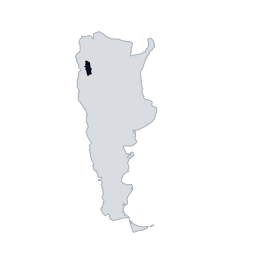 location of Belén, Catamarca, Argentina, rotated 342°
{"feature_id": "61730980B98918352953876", "entity_name": "Belén", "entity_type": "district", "adm_level": 2, "iso_a3": "ARG", "parent_name": "Argentina", "parent_adm1": "Catamarca", "projection": "robinson", "projection_center": [-66.858, -26.985], "detail": "fine", "context": "in_parent", "style": "filled", "palette": "ink", "viewbox_px": 256, "rotation_deg": 342, "n_neighbors": 0, "source": "geoboundaries", "source_scale": "gbopen_adm2", "svg_char_len": 5558}
<svg xmlns="http://www.w3.org/2000/svg" viewBox="0 0 256 256"><g transform="rotate(342 128 128)"><path d="M157.6,78.2L156.2,80.7L156.4,82.4L155.1,86.3L155.4,87.1L154.3,89.0L154.6,91.0L154.0,93.0L154.2,95.4L153.8,96.1L152.9,96.4L152.1,99.8L152.9,103.1L152.1,103.7L153.3,106.1L157.1,108.2L159.0,110.3L159.0,111.2L157.9,112.5L157.8,113.6L158.3,115.2L159.2,116.1L161.1,116.7L161.2,118.8L160.9,120.2L157.3,125.1L156.4,127.2L153.1,129.3L144.7,131.8L138.1,132.8L134.4,132.6L131.9,131.6L132.1,134.3L133.3,135.1L132.7,135.2L133.2,135.7L132.9,137.9L132.1,138.4L131.5,140.2L131.5,141.8L132.2,143.1L131.4,144.5L128.5,145.8L125.2,146.1L119.1,144.0L119.3,143.6L119.0,143.5L118.0,143.9L117.5,145.8L118.2,148.6L118.0,151.1L118.3,151.9L120.5,152.8L120.4,153.8L121.1,153.9L122.7,153.7L122.9,152.9L122.1,152.6L124.3,152.0L125.1,153.0L125.1,155.5L124.7,156.2L123.0,156.7L122.5,156.6L121.6,154.8L120.8,154.4L118.4,155.4L118.1,155.9L121.6,157.2L119.0,158.6L116.9,160.9L116.8,165.3L116.3,166.5L114.9,167.6L114.7,168.4L115.2,168.9L115.0,169.7L112.3,169.5L110.3,170.8L108.6,171.2L105.3,176.1L105.8,178.4L109.4,181.8L113.8,182.8L114.4,183.9L114.2,185.2L113.7,186.1L112.0,186.8L113.4,186.8L114.0,187.5L106.1,193.6L105.0,195.4L104.6,199.1L103.9,199.9L102.3,200.6L101.2,199.8L100.3,198.5L100.4,199.6L98.9,200.0L100.7,200.0L101.5,200.9L99.1,202.2L98.4,203.4L98.1,205.1L97.2,206.1L97.9,205.9L98.6,209.2L96.7,209.4L99.1,209.9L101.8,213.7L101.6,214.0L101.5,213.6L94.4,211.9L85.0,211.6L85.1,211.1L82.9,209.1L83.3,207.7L82.9,206.5L83.4,205.4L83.0,204.0L82.2,203.6L79.2,204.4L77.4,200.7L77.5,198.7L76.9,197.4L77.4,195.8L79.0,195.7L79.4,194.0L81.4,192.7L81.3,191.0L82.5,190.1L82.8,189.2L81.7,187.1L82.4,184.8L84.5,183.0L84.3,180.8L85.4,179.7L84.5,176.7L85.7,175.5L85.1,174.8L85.0,173.2L86.2,172.8L86.9,171.1L85.7,169.6L83.5,169.1L83.4,168.3L87.3,168.2L87.8,167.0L87.5,166.3L84.5,165.9L84.5,164.2L85.1,163.1L84.5,162.0L84.7,161.0L83.9,159.5L84.7,158.9L82.7,157.4L82.6,154.8L83.1,154.2L82.8,152.8L84.5,151.6L83.7,149.1L83.8,144.5L83.4,143.3L84.5,141.3L83.9,140.1L84.7,139.1L84.4,136.7L85.3,136.5L85.9,132.4L88.2,131.2L88.6,130.4L87.0,125.2L87.1,123.2L86.8,122.3L87.2,121.2L86.8,119.5L87.4,117.5L89.0,116.7L89.1,116.0L90.7,114.6L90.6,111.3L89.9,109.6L90.7,109.0L91.2,106.4L92.4,103.7L93.4,103.3L93.2,100.2L93.6,97.4L92.2,96.9L92.5,94.9L92.0,94.5L91.7,92.4L90.8,90.5L90.7,89.7L91.2,89.2L90.2,88.5L89.5,86.8L89.6,85.2L89.8,84.2L90.9,83.4L90.7,82.6L91.6,79.4L92.7,79.3L93.3,78.1L92.6,77.5L92.8,75.6L92.3,72.8L93.3,71.5L94.2,67.2L96.7,64.2L98.4,59.4L99.8,59.3L101.2,58.3L99.8,55.1L100.7,53.2L99.7,49.0L100.0,47.5L100.8,46.6L99.9,45.0L100.2,43.7L101.5,42.2L106.3,40.0L108.2,33.6L107.2,32.5L109.8,28.7L111.6,28.1L112.4,26.2L114.8,28.0L119.0,28.1L121.0,28.8L122.5,32.5L124.7,27.6L130.5,27.4L131.7,29.2L133.9,31.2L135.4,34.0L140.1,38.3L146.2,40.4L149.9,43.3L154.3,45.8L156.4,46.3L158.1,48.0L158.4,49.3L157.4,50.3L156.7,52.3L155.5,53.3L155.0,54.6L155.0,56.1L152.7,59.2L152.7,60.4L155.0,60.1L160.6,61.3L163.3,61.3L164.2,61.9L165.7,60.4L168.0,61.0L169.6,58.5L171.2,58.0L172.9,56.3L173.7,54.1L174.2,49.6L175.1,49.9L176.6,49.3L178.0,50.2L179.1,54.0L178.7,57.7L178.0,59.2L176.3,60.0L175.4,61.0L172.7,61.8L171.2,63.8L167.8,65.9L168.0,67.0L166.9,66.9L161.2,74.5L157.6,78.2ZM100.7,228.8L100.7,215.7L102.5,218.3L101.7,218.1L101.4,219.3L102.9,219.6L103.6,221.1L107.0,224.0L111.8,226.9L116.7,227.7L115.3,229.1L110.6,229.8L107.7,229.1L100.7,228.8ZM118.6,228.6L120.1,228.1L122.9,228.0L119.1,229.1L118.6,228.6ZM134.1,133.7L134.0,134.2L133.1,133.4L134.1,133.7Z" fill="#d9dde1" stroke="#a8b0b8" stroke-width="1"/><path d="M111.1,54.5L111.0,54.4L110.9,54.5L110.7,54.4L110.6,54.2L110.8,53.9L110.7,53.9L110.5,53.6L110.5,53.4L110.4,53.2L110.2,53.1L110.1,52.9L110.0,52.7L109.9,52.7L109.7,52.7L109.4,52.5L109.4,52.4L109.2,52.3L109.2,52.2L109.0,51.8L109.0,51.7L108.9,51.7L108.8,51.8L108.6,51.9L108.7,52.1L108.8,52.2L108.9,52.3L109.0,52.4L109.0,52.5L109.1,52.8L108.9,52.9L108.7,52.9L108.4,53.0L108.3,53.4L108.3,53.5L108.2,53.6L108.2,53.8L108.2,54.0L108.0,54.3L108.0,54.6L107.9,54.6L108.0,54.8L108.0,55.0L107.9,55.1L108.0,55.4L107.9,55.5L107.9,55.8L107.7,56.0L107.4,56.0L107.3,56.3L107.1,56.3L107.0,56.5L106.7,56.5L107.0,56.8L107.1,57.0L107.4,57.3L107.3,57.5L107.2,57.7L107.1,57.8L107.1,58.0L107.0,57.9L106.9,58.0L106.9,58.3L106.7,58.5L106.8,58.5L106.7,58.7L106.7,58.8L106.7,59.0L106.7,59.3L106.8,59.4L106.8,59.5L106.8,59.8L106.7,59.8L106.7,60.0L106.8,60.0L106.7,60.0L106.7,60.3L106.8,60.5L106.7,60.6L106.6,60.8L106.6,61.0L106.8,61.2L106.9,61.3L107.0,61.3L106.9,61.4L106.8,61.6L106.7,61.6L106.6,61.8L106.6,62.0L106.5,62.3L106.4,62.5L106.5,62.8L106.6,63.0L106.4,63.3L106.4,63.5L106.3,63.9L106.3,64.0L106.5,64.1L106.4,64.3L106.4,64.5L106.4,64.8L106.5,64.9L106.5,65.0L106.6,64.9L106.8,65.0L106.9,64.9L107.0,64.8L109.6,64.8L109.6,63.3L109.4,63.2L109.5,63.1L109.5,62.9L109.7,62.7L109.6,62.4L109.6,62.2L109.8,62.1L109.7,62.1L109.8,62.0L109.8,61.9L109.6,61.9L109.7,61.7L109.8,61.7L110.0,61.5L110.1,61.4L110.1,61.2L110.3,61.0L110.3,60.9L110.2,60.9L110.2,60.7L110.3,60.6L110.2,60.6L110.2,60.4L110.3,60.4L110.2,60.3L110.2,60.2L110.3,60.1L110.5,60.0L110.6,59.9L110.7,60.0L110.6,59.8L110.6,59.6L110.5,59.4L110.4,59.0L110.3,58.8L110.3,58.7L110.2,58.6L110.3,58.5L110.4,58.4L110.5,58.1L110.4,58.1L110.5,58.1L110.4,58.1L110.5,57.8L110.4,57.7L110.2,57.5L110.3,57.4L110.2,57.3L110.1,57.2L110.0,56.9L110.0,56.7L110.3,56.6L110.2,56.5L110.3,56.4L110.4,56.5L110.4,56.4L110.4,56.1L110.5,55.9L110.4,55.8L110.5,55.8L110.5,55.7L110.8,55.5L111.0,55.6L111.1,55.4L111.0,55.2L111.1,54.9L111.1,54.5Z" fill="#0f172a" stroke="#020617" stroke-width="1.5"/></g></svg>